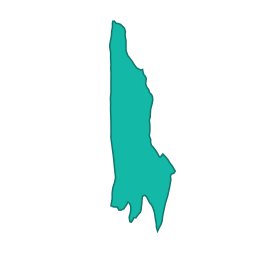 outline of Piteå, Norrbotten, Sweden, rotated 76°
{"feature_id": "70781695B63326994968930", "entity_name": "Piteå", "entity_type": "district", "adm_level": 2, "iso_a3": "SWE", "parent_name": "Sweden", "parent_adm1": "Norrbotten", "projection": "natural_earth1", "projection_center": [20.903, 65.376], "detail": "fine", "context": "isolated", "style": "filled", "palette": "teal", "viewbox_px": 256, "rotation_deg": 76, "n_neighbors": 0, "source": "geoboundaries", "source_scale": "gbopen_adm2", "svg_char_len": 1852}
<svg xmlns="http://www.w3.org/2000/svg" viewBox="0 0 256 256"><g transform="rotate(76 128 128)"><path d="M74.7,99.7L74.9,101.6L71.7,105.1L67.8,106.7L63.5,108.1L60.1,109.6L57.6,110.7L52.6,111.2L50.3,110.7L46.0,109.6L42.8,108.8L39.7,108.7L36.5,108.2L33.8,107.1L30.1,107.4L25.6,110.2L24.2,112.4L23.5,114.3L21.0,115.4L20.7,116.9L23.0,117.9L26.8,118.8L30.0,120.4L33.4,121.4L36.1,122.4L38.6,123.7L40.9,124.7L44.1,126.0L51.2,126.7L55.9,128.0L62.5,129.2L66.2,130.4L70.3,131.1L80.0,133.6L89.3,135.9L94.6,137.8L100.3,139.0L105.9,140.5L115.6,142.5L126.5,145.1L133.1,146.9L151.6,149.0L167.5,151.3L172.8,152.0L177.5,154.1L182.2,157.1L186.9,159.0L192.9,160.5L199.3,163.4L201.1,161.1L202.2,157.3L205.4,156.8L206.0,154.5L205.2,151.3L203.3,149.3L202.0,147.8L199.8,146.0L201.6,144.7L204.4,144.3L207.7,144.9L210.3,146.0L212.0,146.8L213.7,147.9L215.1,148.5L217.2,148.7L219.4,148.8L220.2,147.6L218.8,145.9L216.6,144.2L217.0,142.0L214.0,138.5L212.8,136.5L210.4,135.0L207.6,134.1L205.5,133.2L203.3,132.5L200.1,131.4L198.2,130.7L197.4,129.6L197.4,127.9L199.3,126.6L201.9,126.0L205.4,125.2L208.7,123.7L211.7,123.1L216.0,122.8L224.2,123.5L228.4,123.8L230.3,124.3L231.8,124.4L235.3,124.3L231.8,121.5L230.6,120.2L228.1,118.3L225.6,117.0L222.4,115.9L218.5,114.1L210.8,110.3L202.8,105.6L195.5,102.0L191.7,100.3L188.5,98.9L185.1,98.5L183.2,97.2L183.0,94.5L181.3,92.6L176.1,94.1L172.1,95.8L168.9,96.7L165.3,98.4L161.6,100.5L162.9,102.2L164.0,103.4L163.7,104.5L159.5,105.6L156.6,106.5L153.9,107.7L150.2,109.5L147.3,109.5L144.9,108.8L143.4,108.9L141.2,109.2L139.6,108.9L137.4,107.9L134.8,107.1L130.5,106.1L125.6,105.4L122.7,103.8L119.3,102.8L115.3,101.5L113.5,100.5L110.1,98.7L108.0,97.7L106.0,97.0L103.2,96.7L101.0,97.2L99.0,98.5L95.7,98.7L93.0,99.9L89.4,100.2L87.4,99.4L84.4,98.3L82.2,98.7L80.1,99.7L78.0,99.9L74.7,99.7Z" fill="#14b8a6" stroke="#0f766e" stroke-width="1.5"/></g></svg>